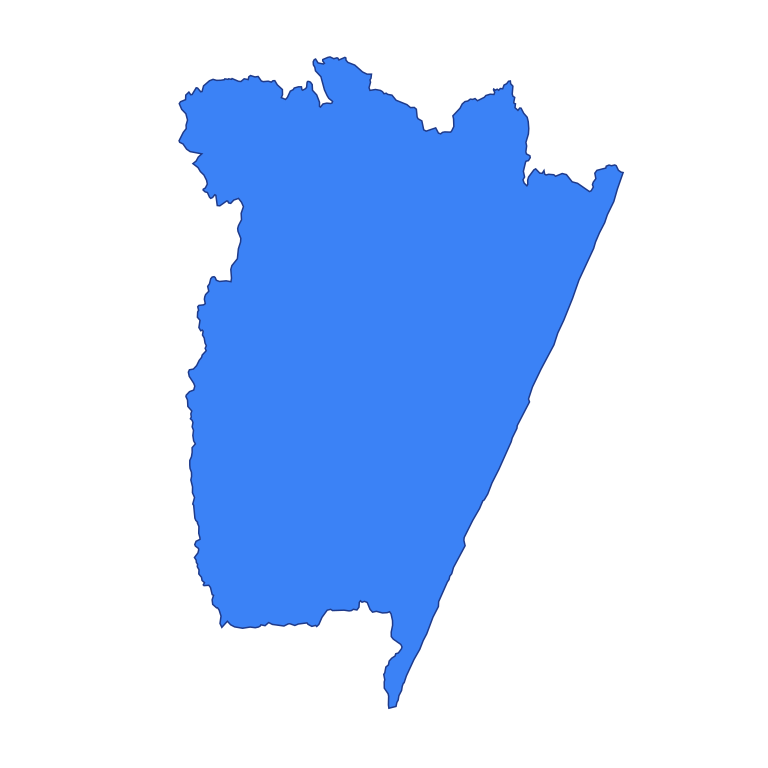 outline of Manakara Atsimo, Vatovavy-Fitovinany, Madagascar, rotated 4°
{"feature_id": "10022922B29911348985828", "entity_name": "Manakara Atsimo", "entity_type": "district", "adm_level": 2, "iso_a3": "MDG", "parent_name": "Madagascar", "parent_adm1": "Vatovavy-Fitovinany", "projection": "natural_earth1", "projection_center": [47.828, -21.964], "detail": "fine", "context": "isolated", "style": "filled", "palette": "blue", "viewbox_px": 768, "rotation_deg": 4, "n_neighbors": 0, "source": "geoboundaries", "source_scale": "gbopen_adm2", "svg_char_len": 6054}
<svg xmlns="http://www.w3.org/2000/svg" viewBox="0 0 768 768"><g transform="rotate(4 384 384)"><path d="M169.0,106.4L166.1,109.6L166.2,114.2L161.3,116.6L160.2,118.6L163.0,124.1L167.5,128.2L169.6,134.4L168.5,139.6L168.9,143.0L166.2,147.0L162.6,155.6L163.3,157.1L166.8,158.6L170.7,163.5L174.4,165.7L186.2,167.1L182.9,170.6L181.1,174.6L178.0,177.5L183.4,181.1L186.0,184.9L189.8,188.1L192.8,193.2L193.8,196.9L192.1,200.9L190.1,202.3L190.0,203.1L192.1,204.8L194.5,205.3L196.9,209.8L198.2,210.9L200.0,209.9L202.0,207.0L203.1,207.5L205.2,217.6L207.8,217.7L214.3,212.4L215.4,212.5L216.3,214.2L218.5,214.5L221.3,211.0L225.9,209.0L229.2,212.7L231.4,216.9L229.6,223.7L230.4,230.1L227.8,236.1L227.2,239.1L227.7,241.9L231.0,248.7L231.0,252.4L229.3,259.3L229.0,269.3L224.0,276.5L223.2,280.4L224.5,289.1L224.2,292.6L219.3,292.1L212.7,293.2L209.5,292.2L208.2,289.6L207.0,288.8L205.1,289.3L203.8,291.1L202.9,296.3L201.3,298.9L202.7,303.7L199.8,307.2L199.1,309.6L198.9,312.0L200.1,316.3L198.6,317.6L193.9,318.5L192.8,319.9L193.9,323.4L193.1,325.1L193.2,330.4L196.0,333.3L195.4,340.6L197.5,343.7L198.9,342.9L199.9,344.0L199.5,347.8L201.4,350.6L202.6,355.6L204.1,358.3L203.1,360.9L204.3,363.2L200.6,367.8L200.2,370.1L198.0,373.3L195.8,378.7L192.8,382.4L188.9,383.4L188.0,385.8L189.2,390.0L194.1,396.5L195.4,399.3L194.6,403.3L190.5,405.2L187.5,408.9L187.3,410.4L189.1,413.6L189.9,420.1L194.1,424.3L193.4,427.3L194.1,430.4L193.3,432.2L195.1,433.6L196.1,435.8L195.6,440.1L197.2,443.5L196.9,448.7L198.1,454.0L200.0,456.9L197.0,460.9L197.4,465.5L197.0,470.0L195.6,473.8L195.9,478.4L196.4,481.7L198.1,485.5L198.5,489.6L198.0,493.2L200.2,500.0L200.5,505.8L202.9,510.4L201.6,517.1L202.6,518.3L204.7,531.0L205.8,533.2L207.7,534.9L207.5,535.6L209.3,539.1L209.6,545.9L211.1,550.2L211.3,551.8L207.5,554.0L206.4,557.3L207.2,558.9L210.4,561.0L210.7,562.3L210.2,565.4L207.0,570.3L208.9,572.8L209.3,575.2L210.6,576.7L210.5,579.3L212.4,582.2L212.5,586.4L215.4,589.5L216.2,592.7L218.8,594.7L217.7,597.0L218.5,597.7L223.3,597.0L225.1,599.2L227.3,606.1L228.7,606.7L227.6,611.3L228.5,615.8L232.6,619.0L233.5,618.8L235.3,621.0L237.6,626.9L237.1,634.3L239.2,638.1L244.3,631.6L247.8,634.9L251.9,636.7L260.0,637.5L267.4,635.8L272.6,636.1L275.7,635.2L277.5,634.0L278.0,632.8L282.2,633.4L285.6,630.0L289.4,631.6L301.1,632.4L305.2,630.0L306.8,629.7L311.9,631.1L315.3,629.4L323.8,627.7L324.9,629.0L328.9,630.8L332.7,629.6L333.8,630.6L335.8,628.4L338.4,621.1L343.1,613.6L346.5,612.5L348.5,613.6L359.9,612.4L365.0,612.8L367.3,612.3L369.1,610.9L372.8,611.3L374.6,608.4L374.6,603.5L375.6,601.9L377.3,603.2L379.7,602.2L382.5,603.1L385.8,609.8L388.5,612.4L392.3,611.3L398.4,612.5L403.1,611.9L405.5,610.8L407.1,612.9L409.0,619.4L409.4,624.1L408.5,631.1L408.9,635.5L411.1,637.9L418.9,642.6L420.3,645.0L419.9,646.9L417.1,651.3L414.5,652.3L414.0,654.6L410.8,657.0L408.5,660.0L408.0,663.9L405.6,666.2L404.9,672.1L404.0,673.7L405.4,679.0L405.0,681.2L405.5,687.4L409.7,692.7L410.4,695.1L410.8,703.9L411.5,707.1L418.5,704.8L419.0,700.9L420.2,698.3L420.6,693.9L422.9,688.5L423.3,684.2L424.2,681.1L424.9,680.7L426.7,673.6L433.1,656.8L438.2,646.2L441.0,637.2L444.0,630.4L449.1,613.2L453.8,602.2L453.7,597.3L461.0,577.1L462.5,574.6L463.0,571.2L464.8,568.5L466.1,562.2L476.2,539.7L474.6,534.4L474.7,531.5L482.0,513.9L488.0,501.6L490.7,493.7L492.1,492.6L495.2,486.4L498.6,475.2L504.6,461.0L514.9,432.8L515.7,428.8L519.7,419.0L519.8,416.2L530.4,391.7L529.2,388.9L532.3,376.6L539.7,358.0L550.8,333.1L553.8,321.0L558.9,307.8L566.1,285.5L571.3,266.5L583.7,234.1L585.1,227.6L588.4,218.1L592.9,207.7L595.0,199.6L600.5,186.0L603.2,173.3L607.8,156.4L605.7,156.1L602.9,154.4L600.4,150.0L598.9,149.4L595.7,150.4L593.2,149.9L590.5,151.2L590.2,153.1L581.5,156.0L579.6,159.0L581.0,164.4L578.7,168.0L578.0,170.6L579.1,172.9L577.2,176.8L575.5,177.7L563.1,170.3L557.6,169.2L551.4,162.4L547.1,161.6L540.6,164.8L538.8,163.4L533.6,163.3L531.1,164.2L529.6,163.4L528.7,159.9L527.1,162.8L524.7,162.8L520.3,158.8L518.6,159.9L513.8,167.4L513.1,170.6L513.5,174.8L512.7,176.3L509.8,173.8L508.4,170.6L509.8,167.7L508.2,162.1L509.7,153.0L510.2,151.8L512.5,151.1L514.1,148.0L513.6,146.1L510.1,144.6L509.3,142.6L509.7,136.6L508.7,133.1L510.6,124.6L510.6,119.1L509.6,112.3L508.2,107.9L504.5,104.2L501.5,99.3L500.2,99.2L498.5,101.7L495.4,99.2L495.6,95.3L494.3,95.0L493.8,94.0L494.4,89.0L492.5,87.9L491.7,85.8L491.8,77.9L489.4,75.6L488.9,72.9L487.1,73.3L485.4,75.9L482.9,77.4L481.8,81.2L479.4,81.1L477.9,83.0L476.3,82.0L474.7,83.1L472.9,82.1L472.7,82.9L474.1,85.4L473.5,87.5L469.7,87.5L465.5,89.1L464.1,91.0L457.5,94.9L454.9,92.9L452.8,93.9L450.2,93.8L447.8,95.9L445.1,96.6L442.5,99.2L440.6,103.6L434.0,111.7L434.9,114.7L435.7,122.3L433.9,126.7L432.9,128.1L427.0,128.3L424.8,128.9L423.1,130.5L420.8,129.9L417.7,124.9L408.4,128.8L405.9,127.7L403.4,118.9L399.4,117.0L398.4,115.2L397.1,107.6L394.9,106.0L391.1,106.4L387.4,103.7L376.3,100.1L371.8,95.3L367.4,94.8L366.0,93.8L363.7,94.4L362.1,92.5L360.0,91.4L354.9,90.8L349.5,92.1L348.4,89.5L349.5,83.9L348.8,81.6L349.7,79.9L349.9,75.8L345.5,76.1L340.8,74.2L332.6,67.9L325.5,65.7L323.5,63.6L323.2,61.4L322.2,60.9L316.4,63.9L315.3,62.2L314.3,61.9L311.2,63.0L307.4,61.5L305.2,62.1L300.3,64.6L300.3,66.0L302.2,68.2L301.2,69.0L295.8,68.3L293.1,64.6L291.8,65.3L290.9,67.5L291.3,70.6L292.9,72.9L293.8,76.4L299.6,81.8L304.1,94.8L307.2,100.4L309.0,102.9L313.0,105.7L312.6,107.2L311.4,107.9L307.3,107.8L303.6,108.9L301.3,112.2L300.3,111.6L300.0,107.4L296.7,100.3L292.2,96.0L291.5,90.3L289.6,88.0L287.8,87.4L286.6,87.6L286.2,88.8L286.1,93.3L285.2,94.8L282.4,96.6L281.6,96.1L280.9,93.3L277.9,93.5L273.8,95.0L272.9,96.7L270.1,98.4L267.6,104.9L265.9,107.0L261.6,105.5L262.6,102.5L262.1,97.3L256.7,93.0L253.9,89.0L252.1,89.2L250.5,90.7L247.4,90.0L242.5,90.8L240.5,90.3L237.0,86.0L233.9,86.7L229.3,85.6L227.7,87.0L227.3,89.8L223.2,89.3L220.2,92.2L217.8,92.2L211.1,89.9L210.5,90.7L207.7,90.4L207.2,91.0L203.9,90.7L203.4,91.6L199.9,92.4L195.8,92.8L192.2,92.0L188.7,93.7L183.2,99.2L182.1,104.9L180.8,105.3L177.4,101.8L176.0,101.6L172.4,108.6L171.0,108.9L169.0,106.4Z" fill="#3b82f6" stroke="#1e3a8a" stroke-width="1.5"/></g></svg>